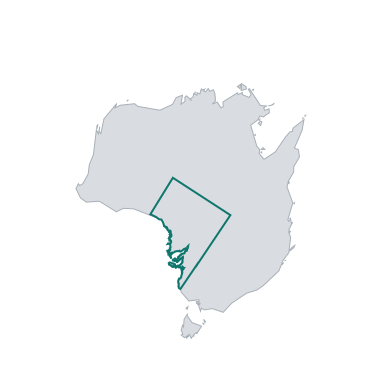 Australia, with South Australia highlighted, rotated 33°
{"feature_id": "AUS-2655", "entity_name": "South Australia", "entity_type": "State", "adm_level": 1, "iso_a3": "AUS", "parent_name": "Australia", "parent_adm1": "", "projection": "equal_earth", "projection_center": [136.572, -32.035], "detail": "fine", "context": "in_parent", "style": "outline", "palette": "teal", "viewbox_px": 384, "rotation_deg": 33, "n_neighbors": 0, "source": "natural_earth", "source_scale": "10m", "svg_char_len": 9362}
<svg xmlns="http://www.w3.org/2000/svg" viewBox="0 0 384 384"><g transform="rotate(33 192 192)"><path d="M250.7,80.3L254.0,99.4L258.2,98.5L263.0,104.1L263.6,115.7L266.4,119.7L266.9,130.5L268.9,136.0L282.5,146.3L287.5,163.1L289.0,163.9L289.4,161.0L292.3,164.0L292.8,162.5L293.8,171.0L295.5,173.5L299.3,176.1L306.3,190.2L305.6,199.6L307.8,210.8L302.8,231.5L299.8,238.9L292.8,247.3L285.8,263.7L283.7,275.9L272.4,278.8L266.7,284.0L263.2,284.4L264.1,287.4L258.9,283.1L259.7,282.1L259.4,281.0L258.4,281.0L256.5,282.8L255.3,281.7L257.5,279.9L256.3,278.6L248.8,285.1L237.6,281.9L228.8,273.9L228.6,267.6L224.6,261.9L226.3,262.1L226.3,260.4L220.3,262.2L222.1,257.9L219.8,251.7L217.6,258.7L213.2,259.4L213.9,257.1L215.9,257.1L219.0,247.3L218.2,240.0L215.1,247.7L210.7,250.6L207.7,255.2L208.2,257.6L206.4,257.3L203.5,254.7L205.3,254.7L204.0,250.1L201.2,245.0L198.9,244.3L198.5,239.8L181.2,232.0L152.2,237.9L143.2,243.2L139.4,249.8L119.3,250.2L108.9,258.1L101.5,257.6L92.8,252.3L92.2,246.9L94.3,247.8L95.9,244.5L95.1,233.4L91.0,225.0L89.0,214.4L77.9,191.9L81.8,194.3L79.1,187.4L80.9,191.5L83.8,192.7L78.3,178.5L80.7,158.7L81.6,163.4L84.6,158.3L95.8,149.2L99.9,149.7L120.5,140.9L128.0,129.2L127.3,121.5L131.3,116.0L135.0,124.5L136.8,119.8L134.4,116.4L135.1,114.3L141.9,115.7L139.8,114.9L141.1,111.5L139.8,108.5L143.5,108.1L142.1,105.9L145.2,105.5L144.1,102.3L146.7,98.7L146.9,100.8L149.0,100.6L149.2,96.4L152.2,97.9L154.2,94.6L157.5,96.9L162.0,102.6L161.2,107.2L164.2,102.8L170.5,105.7L171.7,103.2L168.9,99.7L176.1,84.1L177.6,85.1L180.1,81.2L181.0,82.9L188.5,81.6L188.3,77.8L183.2,75.1L184.0,74.1L202.3,82.2L207.6,79.3L206.3,82.3L208.5,84.0L211.3,80.3L213.7,83.4L210.8,90.4L207.6,91.1L207.8,96.1L204.8,104.0L221.3,118.2L225.8,119.6L227.2,123.0L234.6,125.4L240.0,113.1L240.5,95.0L241.4,88.2L243.3,86.6L241.9,83.5L246.5,70.3L250.7,80.3ZM254.7,298.1L263.0,301.5L273.1,299.3L273.2,308.7L272.7,307.0L271.5,309.0L271.0,315.2L267.5,312.7L265.0,318.3L260.7,317.8L261.7,316.2L258.0,313.6L256.7,308.8L258.4,309.7L254.7,303.0L254.7,298.1ZM174.6,74.2L179.9,74.2L181.5,76.1L178.0,80.1L174.6,74.2ZM211.3,264.2L219.9,263.9L216.2,265.5L211.3,264.2ZM212.3,95.1L213.4,98.9L210.1,98.3L210.6,95.5L212.3,95.1ZM305.9,188.6L305.9,184.3L307.3,180.8L307.7,183.3L305.9,188.6ZM271.1,292.5L273.9,293.3L273.9,294.6L271.1,292.5ZM174.1,75.3L176.0,79.2L172.6,78.9L174.1,75.3ZM251.8,293.1L250.2,292.7L251.1,290.4L251.8,293.1ZM229.9,116.6L228.3,117.7L226.7,118.4L227.5,116.2L229.9,116.6ZM77.8,190.9L76.4,188.8L76.2,186.9L76.4,186.8L77.8,190.9ZM273.2,295.9L274.3,296.8L272.2,296.0L273.2,295.9ZM294.9,171.5L296.1,171.5L296.0,173.4L294.9,171.5ZM267.3,130.3L268.7,131.5L268.4,132.1L267.3,130.3ZM267.3,316.0L267.3,317.5L266.3,317.0L267.3,316.0ZM307.3,201.2L307.3,203.5L307.1,203.5L307.3,201.2ZM188.0,74.0L187.1,72.9L187.7,72.4L188.0,74.0ZM212.5,74.2L211.2,76.2L212.7,72.7L212.5,74.2ZM307.6,198.4L307.0,199.2L307.4,198.4L307.6,198.4ZM214.4,109.8L213.6,110.2L214.0,109.3L214.4,109.8ZM209.7,95.0L208.8,95.2L209.3,93.9L209.7,95.0ZM88.4,149.3L88.2,150.8L87.8,150.7L88.4,149.3ZM245.0,69.4L244.9,70.7L244.6,69.8L245.0,69.4ZM258.4,281.5L258.6,282.3L258.3,282.0L258.4,281.5ZM210.9,76.7L209.1,78.1L210.9,76.4L210.9,76.7ZM144.2,100.4L143.5,101.3L143.9,100.2L144.2,100.4ZM267.9,314.9L267.4,315.2L267.7,314.6L267.9,314.9ZM229.1,121.2L228.1,121.1L228.6,120.4L229.1,121.2ZM140.8,107.4L140.3,107.9L140.3,106.7L140.8,107.4ZM272.2,311.7L271.4,312.2L271.7,311.3L272.2,311.7ZM245.6,65.7L245.5,66.7L245.0,66.2L245.6,65.7ZM257.9,282.5L258.6,283.2L257.4,283.0L257.9,282.5ZM284.2,146.2L283.5,146.3L283.8,145.2L284.2,146.2ZM288.9,160.8L288.5,160.8L288.8,160.0L288.9,160.8ZM255.0,296.9L254.8,297.5L254.7,296.8L255.0,296.9Z" fill="#d9dde1" stroke="#a8b0b8" stroke-width="1"/><path d="M198.3,239.4L197.9,239.0L197.6,239.2L197.1,239.4L196.8,239.4L196.6,239.7L196.4,239.7L196.4,238.9L196.6,238.6L196.7,238.8L196.8,238.8L196.9,238.6L196.2,237.5L195.9,237.7L195.8,237.3L195.4,237.1L195.4,236.9L195.4,236.6L195.2,236.4L194.8,236.5L194.7,237.0L194.3,236.8L194.2,236.5L193.9,236.7L193.9,236.9L194.2,237.0L194.3,237.2L194.0,237.1L193.9,237.3L193.3,237.1L193.1,237.3L192.7,237.1L192.4,237.2L191.8,236.4L191.5,236.5L191.4,236.2L190.3,235.3L188.9,235.3L188.7,235.4L188.5,235.6L188.7,235.9L188.2,235.8L187.8,235.9L187.3,235.9L186.9,235.6L186.4,235.0L184.8,233.7L183.4,232.8L181.4,231.8L181.1,231.8L180.3,232.4L179.2,232.8L175.7,232.5L175.2,232.7L174.5,232.6L173.4,232.8L172.2,232.9L171.7,233.0L170.4,233.1L170.0,233.3L169.2,233.4L168.2,190.5L236.8,190.5L235.9,250.6L235.7,250.3L235.1,279.7L233.6,279.8L233.2,279.5L232.4,278.8L232.1,278.7L231.9,278.4L231.8,278.0L231.3,276.9L230.6,276.2L230.6,275.8L230.2,275.6L229.9,275.6L228.9,274.1L228.6,273.4L228.8,273.2L228.6,272.5L228.6,272.2L228.3,271.8L229.1,271.3L229.2,271.0L229.3,270.5L229.3,269.4L228.6,267.6L227.8,265.5L227.5,265.2L227.2,264.6L225.8,263.1L224.3,261.9L224.5,261.8L224.7,262.0L227.1,264.4L227.8,265.3L228.3,266.6L228.3,266.3L227.9,265.1L227.3,264.2L227.0,264.0L225.7,262.7L224.9,262.1L225.0,261.9L225.2,261.6L225.5,261.3L226.0,261.7L226.0,262.2L226.1,262.3L225.9,262.6L226.0,262.7L226.3,262.8L226.6,262.7L226.7,262.0L225.9,261.4L226.3,261.2L226.7,261.3L226.8,261.1L226.7,260.8L226.7,260.4L226.5,260.6L226.4,260.3L226.2,260.1L225.7,260.0L225.8,260.1L225.3,260.5L224.9,260.5L224.5,260.7L224.5,261.1L224.9,261.3L224.9,261.5L224.3,261.3L224.1,261.1L223.6,261.2L223.8,261.4L224.2,261.4L224.4,261.6L224.6,261.5L224.0,261.8L223.7,261.6L223.3,261.6L222.8,261.8L222.6,262.1L222.2,262.4L221.6,262.5L220.8,262.4L220.4,262.6L220.1,262.5L219.8,262.2L220.0,261.6L220.7,261.3L221.2,260.5L221.7,260.2L221.7,259.6L221.9,259.4L221.8,259.1L221.8,258.5L222.1,258.0L222.0,256.8L222.0,256.2L222.3,256.3L222.3,256.1L222.2,255.8L221.7,255.4L221.7,255.1L221.3,254.7L221.1,254.2L220.9,254.1L220.6,252.8L220.4,252.5L220.2,252.3L220.2,252.0L219.8,251.4L219.4,252.2L219.5,252.7L218.9,253.4L218.7,254.3L218.7,254.7L218.8,255.0L218.6,255.5L218.6,256.1L218.3,256.7L218.1,257.5L218.0,258.0L217.9,258.1L217.9,258.7L217.5,259.0L216.9,258.7L216.1,258.6L215.6,259.0L215.1,259.0L214.7,259.5L214.0,259.4L213.3,259.9L213.1,259.8L212.9,259.6L213.0,259.2L213.4,258.8L213.6,258.4L213.5,257.9L213.7,257.7L213.9,257.0L214.6,257.2L215.3,257.0L216.0,257.4L216.3,257.1L216.3,256.3L216.6,254.9L216.4,254.3L216.4,253.8L216.3,253.7L216.1,253.9L216.5,253.0L216.5,252.2L216.3,251.6L216.4,251.4L216.6,251.5L216.8,251.1L216.9,250.8L216.7,250.5L217.3,249.8L217.1,249.5L217.8,248.9L218.1,248.2L218.7,247.5L218.8,247.4L218.8,247.7L219.0,247.6L219.0,247.0L218.6,246.0L218.6,245.7L218.4,245.2L218.6,244.5L219.1,244.1L219.6,244.1L219.6,243.7L219.4,243.3L219.1,243.1L218.8,241.5L218.8,241.4L219.0,241.3L218.8,240.9L218.5,240.9L218.5,240.5L218.3,240.1L218.4,239.9L218.2,239.8L218.1,239.5L218.0,239.9L218.0,240.8L218.3,241.1L218.3,242.0L218.2,242.4L218.0,242.5L218.1,243.0L217.9,243.0L217.6,242.8L217.3,242.8L217.1,243.0L217.1,243.3L216.7,243.9L216.3,244.1L216.2,244.7L216.0,245.2L215.9,246.1L215.5,246.7L215.1,247.9L214.7,248.3L213.9,248.4L213.5,248.1L213.2,248.6L213.6,248.6L213.2,249.0L212.8,249.0L212.2,249.4L211.7,249.7L211.5,249.8L211.5,250.0L210.3,251.0L210.3,251.3L209.6,252.7L209.1,253.0L208.9,253.2L209.0,253.3L208.9,253.5L209.0,253.9L208.9,254.3L208.7,253.9L208.0,254.3L207.9,254.7L208.0,255.1L207.9,255.2L207.7,255.0L207.6,255.3L207.6,255.6L207.7,255.9L207.7,256.0L207.4,256.0L207.2,256.3L207.3,256.4L207.6,256.4L208.0,256.0L208.3,255.8L208.4,256.4L208.2,256.8L208.4,257.6L208.1,257.8L208.0,257.7L207.9,257.4L207.6,257.2L207.3,256.8L207.1,256.7L206.9,256.7L206.7,256.9L206.6,257.1L206.6,257.3L206.3,257.4L206.1,256.8L205.3,255.8L204.8,255.4L204.6,255.4L204.7,255.1L204.4,254.7L204.1,254.5L203.5,254.8L203.4,254.8L203.7,254.1L204.0,253.6L204.0,254.0L204.6,254.3L204.5,254.5L204.7,254.8L204.9,255.0L205.1,255.1L205.6,254.9L205.2,254.8L205.2,254.4L205.0,254.7L204.9,254.2L205.0,254.1L205.0,253.9L204.8,253.4L204.7,252.4L204.5,251.7L204.3,251.7L204.1,251.4L204.3,251.3L204.3,250.5L203.8,249.6L203.6,249.5L202.8,248.6L201.9,247.7L202.0,247.7L201.9,247.5L202.0,247.1L202.0,246.6L201.7,245.7L201.0,244.8L201.3,244.7L201.1,244.4L200.4,244.2L200.4,244.4L200.7,244.4L200.9,244.7L200.7,244.9L200.5,244.6L199.9,244.2L199.3,244.4L199.2,244.2L199.1,244.6L198.8,244.3L198.5,243.4L198.2,243.4L198.4,243.1L198.3,242.7L198.1,242.6L197.6,242.6L197.5,242.4L197.9,242.0L197.9,241.9L197.6,241.1L198.4,241.1L198.3,241.4L198.3,241.6L198.8,240.7L198.7,240.0L198.3,239.4ZM220.0,263.6L219.9,264.0L219.7,264.1L219.5,264.4L219.3,264.3L218.9,264.0L218.3,264.0L217.2,264.3L217.1,264.5L217.2,264.9L217.1,265.1L216.3,265.5L215.8,265.0L215.0,264.8L214.8,264.9L214.7,265.2L214.6,265.3L213.9,265.1L213.4,265.3L213.0,265.2L212.2,265.4L211.9,264.8L211.6,264.6L211.2,264.3L211.5,263.5L211.5,263.3L211.6,263.2L212.1,263.1L212.7,262.8L214.2,262.6L215.3,262.2L215.6,261.9L216.2,262.1L216.4,262.0L217.2,261.9L217.3,262.1L217.1,262.2L217.0,262.4L217.3,262.5L217.0,263.0L217.5,263.2L218.0,263.1L218.1,263.5L218.5,263.5L218.8,263.0L219.6,263.2L219.7,263.6L220.0,263.6ZM209.0,257.3L209.4,257.9L209.4,258.3L209.2,258.2L209.1,257.7L208.8,257.3L209.0,257.3ZM194.7,238.1L194.6,237.9L194.8,237.6L195.4,237.5L195.0,237.6L195.1,237.8L195.0,238.0L194.7,238.1ZM200.2,248.2L200.3,248.5L200.1,248.6L199.9,248.8L199.9,248.3L200.2,248.2ZM215.8,253.9L215.9,254.1L215.8,254.3L215.7,254.2L215.8,253.9ZM210.8,258.8L211.1,259.0L210.8,258.9L210.8,258.8Z" fill="none" stroke="#0f766e" stroke-width="2"/></g></svg>